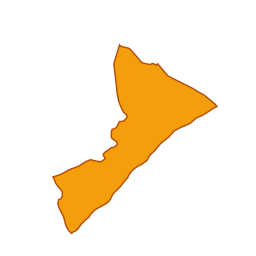 Ras Al Ain, Hasaka (Al Haksa), Syria, rotated 161°
{"feature_id": "27442178B16567144851356", "entity_name": "Ras Al Ain", "entity_type": "district", "adm_level": 2, "iso_a3": "SYR", "parent_name": "Syria", "parent_adm1": "Hasaka (Al Haksa)", "projection": "albers", "projection_center": [39.989, 36.654], "detail": "fine", "context": "isolated", "style": "filled", "palette": "amber", "viewbox_px": 256, "rotation_deg": 161, "n_neighbors": 0, "source": "geoboundaries", "source_scale": "gbopen_adm2", "svg_char_len": 2955}
<svg xmlns="http://www.w3.org/2000/svg" viewBox="0 0 256 256"><g transform="rotate(161 128 128)"><path d="M215.1,106.1L215.0,105.8L214.4,103.5L214.4,99.7L213.4,96.0L211.5,91.6L211.1,88.5L211.7,86.7L212.2,85.1L214.7,82.8L217.0,82.8L218.2,80.6L219.1,78.8L219.1,73.9L218.2,67.7L217.8,64.9L218.0,62.2L218.5,56.3L217.9,52.0L217.6,50.5L217.3,49.8L215.7,46.7L215.4,46.9L214.1,47.4L213.7,47.6L210.9,47.8L209.0,48.5L206.6,50.1L206.3,50.3L204.8,51.5L204.3,51.9L200.2,53.9L198.7,54.8L194.9,56.0L194.0,56.4L191.2,58.7L186.0,61.3L184.1,61.8L179.9,62.5L179.7,62.6L174.0,63.5L171.1,64.4L170.6,64.6L168.1,66.2L167.9,66.3L166.7,67.5L165.5,68.8L164.8,69.5L163.2,70.7L162.1,71.3L161.6,71.6L160.8,72.0L160.2,72.3L158.9,72.9L156.7,73.9L155.7,74.3L154.7,74.8L150.2,77.8L147.8,79.5L145.2,80.6L144.6,81.1L142.1,83.6L141.3,84.1L139.8,85.1L139.6,85.2L139.1,85.5L137.8,86.4L137.4,86.5L134.1,87.9L133.9,88.0L133.2,88.1L132.6,88.3L130.7,88.7L127.0,89.2L124.7,89.9L122.2,90.7L120.5,91.2L119.7,91.8L119.5,92.0L119.4,92.1L118.4,93.3L117.6,93.9L116.7,94.7L115.4,95.6L113.1,96.6L112.0,97.1L110.8,97.6L110.6,97.6L110.3,97.8L109.2,98.5L108.0,99.2L107.8,99.3L106.6,100.1L102.7,102.4L100.3,103.4L97.8,104.4L92.3,106.2L90.5,107.3L89.2,108.0L88.6,108.4L87.4,109.1L86.3,109.6L85.3,110.1L83.9,110.4L82.7,110.6L81.8,110.8L80.4,111.1L68.3,112.1L67.6,112.3L66.7,112.5L64.1,113.6L62.0,114.5L61.2,114.8L60.9,114.9L59.9,115.3L58.5,115.4L55.5,115.6L54.4,115.7L52.8,116.0L52.2,116.1L50.6,116.3L50.2,116.4L45.3,117.7L42.9,118.4L40.1,118.9L37.2,119.4L36.9,119.4L38.1,122.6L42.5,129.9L45.5,134.5L50.1,139.6L54.1,144.6L60.6,151.1L64.1,154.7L69.2,159.9L73.3,164.3L79.1,179.1L79.3,179.0L79.3,178.9L79.5,178.8L79.6,178.7L79.8,178.6L80.0,178.6L80.3,178.5L80.5,178.5L80.8,178.5L81.0,178.5L81.3,178.6L81.5,178.7L81.5,178.8L81.8,178.9L81.8,179.0L82.0,179.1L82.0,179.3L82.1,179.5L82.3,179.7L82.3,179.8L82.5,180.0L82.8,180.3L83.0,180.5L83.3,180.6L83.5,180.7L83.6,180.8L83.8,180.8L84.0,180.9L84.3,180.9L84.5,180.9L84.5,181.0L84.7,180.9L84.8,180.9L85.0,180.9L85.3,180.9L85.5,180.8L85.8,180.8L86.0,180.8L86.3,180.9L86.5,180.9L86.6,181.0L86.8,181.0L87.0,181.1L87.3,181.2L87.4,181.3L87.5,181.3L92.8,184.7L93.3,185.0L93.5,185.1L100.0,201.3L101.6,203.4L106.6,206.5L108.3,207.8L109.0,209.3L110.0,207.9L110.6,207.1L118.2,196.4L118.6,195.8L120.6,193.0L124.8,173.5L125.2,171.7L126.2,167.7L126.8,165.3L127.8,158.2L128.1,155.9L128.0,154.4L127.7,148.0L126.8,143.8L125.0,140.4L125.6,138.2L129.3,136.2L131.9,136.2L134.0,136.9L134.4,136.5L136.1,134.9L138.4,132.7L138.9,132.3L140.9,131.8L143.5,131.8L144.6,130.3L145.0,129.7L146.5,125.6L146.7,123.6L144.0,119.8L143.0,117.6L143.9,115.6L147.7,114.4L150.5,114.9L153.0,113.8L153.6,113.6L154.6,113.4L157.6,112.7L159.9,111.3L160.3,110.1L159.7,108.0L159.6,106.7L160.1,106.2L161.9,105.6L162.2,105.5L162.5,105.4L165.5,104.8L165.8,105.5L168.6,106.9L171.8,109.0L173.8,110.2L178.8,110.0L186.4,108.1L197.7,107.6L206.9,106.0L215.1,106.1Z" fill="#f59e0b" stroke="#b45309" stroke-width="1.5"/></g></svg>